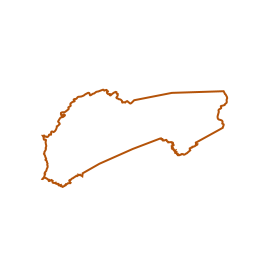 the district of Los Pozos, Herrera, Panama, rotated 235°
{"feature_id": "35544464B7631989916693", "entity_name": "Los Pozos", "entity_type": "district", "adm_level": 2, "iso_a3": "PAN", "parent_name": "Panama", "parent_adm1": "Herrera", "projection": "equal_earth", "projection_center": [-80.671, 7.692], "detail": "fine", "context": "isolated", "style": "outline", "palette": "amber", "viewbox_px": 256, "rotation_deg": 235, "n_neighbors": 0, "source": "geoboundaries", "source_scale": "gbopen_adm2", "svg_char_len": 5678}
<svg xmlns="http://www.w3.org/2000/svg" viewBox="0 0 256 256"><g transform="rotate(235 128 128)"><path d="M116.9,42.8L117.0,43.0L117.3,43.2L117.3,43.5L116.9,44.2L117.5,44.8L117.6,45.0L117.1,45.5L117.2,47.1L116.7,47.8L116.6,48.4L116.1,48.8L115.9,49.1L116.0,49.4L116.5,49.1L117.3,49.3L117.7,49.7L117.9,50.1L118.2,50.1L118.6,49.8L118.8,50.1L118.7,51.0L118.4,51.7L118.5,51.9L118.7,52.9L118.6,53.7L118.4,54.2L118.6,54.9L118.5,55.2L118.4,56.2L118.5,57.2L118.3,57.7L118.5,58.4L118.4,58.5L118.2,58.6L117.8,58.8L117.8,59.9L118.2,60.3L117.9,60.4L117.8,60.9L117.3,61.2L117.2,62.0L116.9,62.1L116.1,62.2L115.6,62.6L114.7,62.9L116.9,64.9L115.1,84.1L108.1,119.9L100.9,148.5L100.5,149.1L99.8,148.8L99.7,148.9L99.6,149.5L99.4,149.7L98.9,149.3L98.4,149.8L97.7,149.5L97.1,150.3L96.5,152.2L96.2,152.6L95.7,152.6L95.0,152.4L94.0,152.6L93.6,153.0L93.1,152.8L92.1,154.6L91.7,155.2L91.5,155.5L91.3,155.7L91.1,155.6L90.2,156.3L90.0,156.2L89.6,155.3L89.4,155.4L89.1,155.8L88.6,155.5L88.2,155.7L87.9,155.5L88.2,155.0L88.3,154.6L88.1,154.1L88.1,153.4L87.8,153.3L87.4,153.1L86.7,153.5L86.6,153.2L86.6,152.5L86.5,152.4L86.1,152.5L85.6,152.3L85.5,152.5L85.8,153.0L85.6,153.2L84.8,152.8L84.4,153.1L84.0,152.9L83.9,153.1L83.6,152.9L83.2,152.8L83.0,153.1L82.6,153.2L82.4,153.9L82.0,153.3L81.7,153.2L81.6,152.8L81.4,152.7L81.2,152.8L81.0,153.6L80.4,154.0L80.3,153.9L80.2,153.7L80.3,152.9L80.2,152.7L79.5,153.4L78.9,153.1L78.7,153.1L78.5,153.5L78.2,153.6L78.1,153.9L77.6,153.7L77.4,153.3L77.2,153.2L76.9,153.4L76.8,154.0L76.3,154.4L76.2,155.5L75.8,155.8L75.9,156.7L75.8,157.2L75.0,158.1L74.5,158.1L74.0,158.6L73.8,159.2L73.7,160.0L73.7,161.4L73.5,161.9L73.7,162.9L74.0,166.1L74.8,166.2L75.1,166.5L75.7,166.7L75.9,166.9L75.8,167.3L75.5,167.7L75.7,168.7L75.6,168.9L75.4,169.1L75.3,169.3L75.3,169.5L75.6,169.7L75.7,170.0L75.2,170.7L75.1,171.4L74.8,172.1L74.8,172.7L75.0,173.2L74.7,174.1L74.7,175.3L74.9,175.5L75.2,175.0L75.6,175.0L75.6,174.5L75.7,174.3L76.0,174.6L76.3,175.1L76.4,174.9L76.9,175.0L77.1,175.1L77.2,175.3L77.0,175.9L73.8,205.7L74.3,206.2L75.2,207.6L75.8,208.3L76.3,208.4L76.8,208.1L77.6,207.8L78.6,208.9L79.3,209.2L80.1,209.2L80.8,208.9L81.5,208.4L82.8,207.3L83.4,207.1L84.0,207.0L84.7,207.2L85.5,207.6L86.2,208.1L89.1,211.6L90.5,212.2L90.6,212.3L90.9,212.8L91.0,213.2L90.8,215.3L90.8,215.6L91.0,215.9L92.2,216.3L92.6,216.6L92.6,217.0L91.9,218.6L91.8,219.3L91.4,220.2L91.5,220.6L91.9,221.1L92.1,223.1L92.3,223.4L92.7,223.9L93.3,224.2L94.5,224.9L95.5,226.3L96.0,226.6L96.9,226.9L99.6,227.2L100.3,226.9L100.9,227.1L103.3,227.4L131.6,184.1L147.2,149.0L146.6,145.6L146.5,144.8L146.7,144.0L147.1,143.7L148.3,143.4L149.5,143.0L150.3,142.9L150.6,142.4L150.7,142.0L150.5,140.2L151.2,139.8L151.3,139.7L151.7,139.1L151.8,138.4L152.1,138.0L152.9,138.1L153.6,138.6L155.1,138.4L156.2,137.8L156.7,137.1L157.8,136.7L158.4,136.1L158.9,135.9L159.5,135.9L159.8,136.4L160.1,137.4L160.3,137.8L160.8,138.5L161.4,138.9L161.8,139.1L162.2,138.6L162.4,138.5L163.3,138.6L163.9,139.1L164.2,139.0L164.6,138.7L164.9,137.5L165.0,136.8L165.0,134.7L164.7,132.6L164.7,132.4L164.9,132.1L165.2,132.0L165.8,132.6L166.2,132.7L166.4,132.4L166.8,131.5L167.0,131.3L167.7,131.0L168.7,130.9L169.0,131.0L169.3,132.3L169.5,132.6L169.8,132.5L170.1,132.0L170.2,131.9L171.1,132.3L171.4,132.3L171.7,132.0L172.2,130.1L172.5,129.9L173.3,129.9L173.7,129.5L174.2,127.7L175.0,124.5L175.4,123.8L175.8,122.7L175.8,122.1L175.7,120.1L176.2,118.8L176.2,116.8L176.4,115.9L176.6,115.7L177.3,115.8L178.4,116.3L179.1,116.2L179.5,115.8L179.7,115.4L180.0,113.1L180.1,112.1L180.0,110.6L180.2,109.3L180.6,107.8L181.4,106.3L182.0,105.3L182.1,104.9L182.1,104.2L181.6,102.9L181.6,102.3L182.3,101.0L182.4,100.6L182.5,100.0L182.3,99.7L182.1,99.6L181.1,99.9L180.7,99.8L180.6,99.6L180.6,99.2L181.0,98.0L181.2,97.0L181.1,95.6L181.1,95.2L180.9,94.8L180.6,94.4L179.5,94.1L179.1,93.8L179.0,93.2L179.1,91.6L179.1,91.0L178.9,90.8L178.6,90.7L177.8,90.5L177.5,90.0L177.3,87.2L177.3,84.9L177.5,84.5L178.0,84.1L178.4,83.5L178.8,82.4L178.8,81.8L178.0,81.1L177.1,80.8L176.0,80.7L175.8,81.0L176.1,82.3L176.0,82.8L175.2,83.6L174.8,83.7L174.6,83.6L174.4,83.2L174.3,82.5L174.3,81.1L175.0,79.4L175.1,78.6L175.0,78.0L174.7,77.2L173.7,75.0L173.4,74.5L173.0,74.4L171.2,74.6L170.5,74.4L170.0,72.2L170.2,70.6L169.5,70.2L168.4,68.7L167.8,67.6L167.4,66.5L167.3,65.5L167.4,64.7L167.6,64.6L168.6,63.9L168.8,63.6L168.9,63.3L168.8,62.9L168.5,62.5L167.4,61.8L166.8,61.2L166.7,61.0L166.9,60.8L167.6,60.1L167.7,59.7L167.7,59.4L167.2,58.8L167.0,58.1L166.8,57.4L166.9,56.8L167.1,56.4L168.0,56.0L168.2,55.7L168.5,55.0L168.9,54.6L169.2,54.6L169.7,55.0L170.0,54.9L170.1,54.1L170.4,53.7L168.9,53.6L167.8,52.9L167.1,52.6L166.8,52.5L166.3,52.8L166.0,53.5L165.7,53.8L165.4,53.9L165.2,53.8L164.8,53.6L163.9,52.6L163.2,52.1L161.7,51.4L160.4,50.9L159.7,50.3L158.8,49.0L158.1,48.9L157.3,48.0L156.2,45.6L155.3,45.1L155.0,44.3L153.1,44.2L151.4,43.6L149.9,43.4L149.7,43.3L149.5,42.4L149.2,42.1L148.9,42.1L148.3,42.5L147.2,42.4L146.3,41.9L145.0,41.7L144.2,40.7L143.9,40.6L143.4,40.6L142.7,40.2L141.8,39.4L141.6,39.0L141.3,38.3L139.8,36.5L139.6,35.9L139.4,35.0L139.2,34.3L138.4,33.4L137.8,33.7L135.9,31.0L135.7,30.8L135.5,29.1L135.3,28.6L135.2,28.7L135.1,29.0L135.3,29.7L135.3,30.7L135.1,31.3L134.8,31.6L134.1,31.9L133.7,32.3L131.4,33.0L131.0,33.6L130.7,33.7L130.2,32.8L129.9,32.8L129.7,33.1L129.4,34.5L129.2,34.8L129.4,35.4L129.2,35.6L128.7,35.5L128.0,36.0L127.2,35.2L126.4,35.0L125.6,35.6L124.9,36.6L124.7,37.3L124.1,37.0L123.8,37.4L123.3,37.4L123.1,37.9L122.5,38.3L122.1,39.0L121.7,38.9L121.3,38.4L121.0,38.3L120.7,38.4L120.1,39.8L119.9,40.2L119.6,40.2L119.3,39.7L119.0,39.5L118.9,39.6L118.9,39.8L119.1,40.3L119.2,40.5L117.4,40.5L117.1,41.3L117.1,42.3L116.9,42.8Z" fill="none" stroke="#b45309" stroke-width="2"/></g></svg>